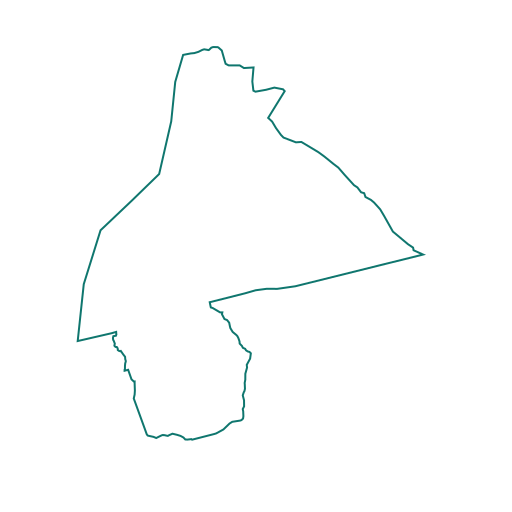 the district of Tema West Municipal, Greater Accra, Ghana, rotated 191°
{"feature_id": "2480657B69717792501029", "entity_name": "Tema West Municipal", "entity_type": "district", "adm_level": 2, "iso_a3": "GHA", "parent_name": "Ghana", "parent_adm1": "Greater Accra", "projection": "natural_earth1", "projection_center": [-0.066, 5.653], "detail": "fine", "context": "isolated", "style": "outline", "palette": "teal", "viewbox_px": 512, "rotation_deg": 191, "n_neighbors": 0, "source": "geoboundaries", "source_scale": "gbopen_adm2", "svg_char_len": 2312}
<svg xmlns="http://www.w3.org/2000/svg" viewBox="0 0 512 512"><g transform="rotate(191 256 256)"><path d="M92.3,289.3L102.4,291.7L103.4,294.2L109.1,296.6L126.3,306.1L138.0,319.9L143.0,325.5L150.3,331.0L153.9,333.0L159.8,334.8L161.8,338.3L165.0,338.6L169.6,342.7L173.3,344.2L184.3,352.4L192.1,358.5L197.6,361.2L207.9,366.7L214.5,369.8L233.2,376.6L238.5,375.2L251.6,377.5L254.6,379.6L260.8,385.4L265.8,391.0L270.4,393.9L259.3,423.3L261.3,424.8L270.1,424.8L277.8,421.1L287.9,417.2L290.1,417.8L292.9,426.6L294.4,440.6L303.7,438.2L308.4,440.0L313.4,439.0L319.3,437.9L322.5,438.9L324.0,441.7L328.8,451.2L332.7,453.5L333.6,453.7L338.0,452.9L339.6,452.0L341.4,449.4L342.2,449.0L342.9,449.1L346.3,449.0L348.0,448.1L351.5,445.4L355.3,443.4L358.7,442.4L365.9,439.5L368.5,411.5L364.9,372.0L366.7,318.0L388.3,286.9L413.5,251.6L419.7,195.5L414.8,138.5L382.9,152.7L378.8,154.8L378.3,152.9L378.1,152.4L378.3,151.0L380.7,150.1L380.8,148.8L380.7,147.9L380.2,146.4L379.6,145.8L377.9,143.1L377.9,142.2L377.9,141.0L377.4,140.4L376.2,139.9L375.3,140.1L374.2,139.0L373.7,137.3L372.3,136.7L371.1,136.6L370.6,137.0L367.5,134.0L365.3,132.1L364.6,129.6L364.0,128.6L363.7,127.5L363.9,125.7L363.7,123.5L363.1,120.0L363.3,119.2L363.1,118.3L359.8,119.9L354.7,111.2L352.0,109.5L351.2,109.7L351.0,108.5L349.2,100.7L348.7,96.8L348.8,92.8L332.0,64.8L329.2,60.1L328.1,59.1L326.9,59.0L322.1,58.9L319.2,58.3L315.0,61.5L314.1,62.1L313.1,62.6L312.4,62.5L311.5,62.7L310.1,62.6L308.2,62.6L307.0,63.6L304.1,65.6L299.4,65.4L295.8,65.0L292.6,64.0L290.4,62.4L288.3,62.7L286.1,63.4L284.5,63.9L283.7,63.5L263.2,73.2L261.3,74.2L254.9,79.5L250.0,86.5L247.7,88.7L240.2,91.4L239.0,92.1L238.2,93.2L237.7,94.0L237.8,96.3L238.9,101.0L239.8,103.2L239.0,106.1L240.2,112.0L242.4,116.7L242.0,120.0L241.6,121.0L241.5,123.5L242.5,127.8L242.9,129.2L242.9,132.5L244.0,138.4L243.5,144.8L244.3,147.4L242.2,154.1L242.5,159.5L244.1,160.6L245.8,160.7L247.8,161.5L248.9,162.8L251.4,163.4L252.6,165.0L255.3,166.9L255.9,169.0L256.1,169.4L257.6,172.0L259.0,173.8L260.2,174.7L264.4,177.0L267.4,180.3L268.1,181.8L269.6,185.4L272.2,187.6L274.9,188.1L278.3,192.3L278.3,194.2L280.5,193.8L288.7,196.7L290.5,196.9L290.8,197.5L292.6,201.8L259.6,217.3L249.8,222.3L239.1,225.9L228.9,227.8L211.6,233.8L128.0,272.7L95.0,288.0L92.3,289.3Z" fill="none" stroke="#0f766e" stroke-width="2"/></g></svg>